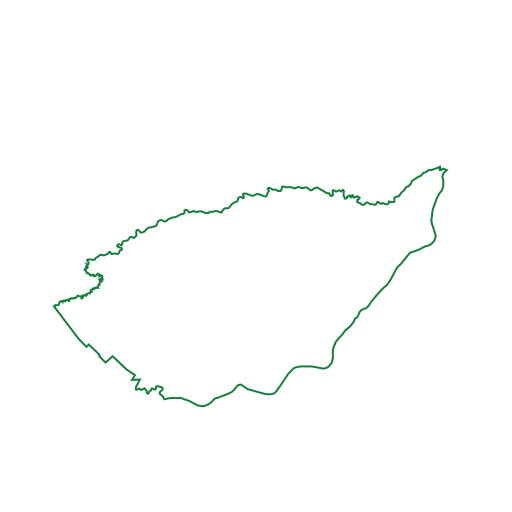 the district of Goya, Corrientes, Argentina, rotated 214°
{"feature_id": "61730980B9171790116436", "entity_name": "Goya", "entity_type": "district", "adm_level": 2, "iso_a3": "ARG", "parent_name": "Argentina", "parent_adm1": "Corrientes", "projection": "orthographic", "projection_center": [-59.153, -29.535], "detail": "fine", "context": "isolated", "style": "outline", "palette": "green", "viewbox_px": 512, "rotation_deg": 214, "n_neighbors": 0, "source": "geoboundaries", "source_scale": "gbopen_adm2", "svg_char_len": 6117}
<svg xmlns="http://www.w3.org/2000/svg" viewBox="0 0 512 512"><g transform="rotate(214 256 256)"><path d="M391.6,154.4L390.7,153.8L391.0,152.2L390.8,151.9L390.3,152.9L389.4,152.8L389.2,152.3L389.1,151.9L389.7,151.4L389.9,150.1L390.3,150.0L390.6,149.3L390.4,148.7L389.8,148.4L388.6,148.8L387.0,147.3L386.6,147.3L385.9,148.0L383.2,147.6L382.8,148.1L382.4,148.0L382.3,147.4L381.7,147.5L380.4,149.7L379.9,149.7L379.1,148.7L378.6,148.8L377.8,149.7L377.3,152.9L376.9,152.9L376.1,152.2L375.5,152.3L375.4,153.0L374.8,152.7L374.4,151.7L373.6,153.4L372.6,153.3L373.0,152.7L370.6,151.6L369.9,150.5L370.2,150.2L371.7,150.8L372.5,149.1L372.1,149.1L371.8,148.1L370.5,148.2L370.9,147.8L370.2,147.2L370.6,145.2L369.5,144.5L370.3,143.5L370.0,142.4L370.2,141.4L369.4,141.6L369.1,141.3L370.9,140.4L370.7,139.9L371.4,139.5L371.7,137.9L372.2,137.9L372.6,138.4L373.0,137.7L372.8,137.3L373.8,135.5L372.4,135.0L372.2,134.2L373.3,133.8L373.4,133.2L372.8,132.0L373.9,131.5L374.5,130.7L374.9,129.7L374.4,128.8L374.6,128.0L375.0,128.0L374.9,129.0L375.3,129.1L375.7,128.8L375.5,127.9L377.5,126.6L377.5,126.1L376.9,126.3L376.7,126.0L376.2,124.7L376.6,123.4L377.1,123.3L377.3,123.8L376.9,124.1L377.0,124.5L377.4,124.8L377.9,124.6L378.4,124.9L379.4,124.0L381.6,123.5L382.2,119.9L383.5,119.3L384.4,118.0L385.5,117.8L386.1,116.5L386.6,116.2L386.6,115.6L385.7,114.3L386.2,114.0L387.7,114.4L389.5,112.3L388.7,112.1L388.9,111.6L390.7,111.4L391.4,110.5L390.7,109.7L391.8,109.6L392.9,108.8L393.1,107.6L392.2,105.1L392.4,104.6L394.7,103.3L395.0,102.9L394.5,101.8L395.2,101.2L355.6,87.8L345.7,85.9L345.1,89.1L334.4,87.3L330.7,86.4L329.8,85.9L329.7,85.2L321.2,83.5L318.8,92.7L299.4,89.5L289.8,89.6L289.4,84.0L283.2,88.6L282.2,80.0L280.9,78.1L279.9,78.7L278.6,80.8L276.6,80.6L276.0,80.9L275.9,81.6L274.7,82.9L274.6,83.8L271.3,83.1L270.0,81.6L269.0,81.4L268.5,81.6L268.3,82.1L268.7,84.2L267.9,85.8L268.3,87.9L267.4,88.4L265.6,88.5L264.7,89.2L265.0,90.4L265.8,92.1L264.8,93.1L260.3,94.5L259.4,94.2L258.9,93.0L258.9,91.8L259.6,89.8L259.3,88.5L258.2,87.8L254.4,87.5L252.1,85.9L247.5,90.4L239.0,96.2L230.3,98.5L220.7,99.5L216.1,101.7L214.6,103.2L212.4,106.6L211.1,110.3L210.6,114.3L209.6,115.9L208.4,117.1L202.0,126.3L200.1,129.6L199.3,133.0L199.0,137.0L198.4,139.3L196.6,141.0L188.4,141.0L174.2,145.7L170.2,147.2L166.9,149.2L164.3,151.9L163.6,154.2L163.3,161.7L163.4,176.1L162.0,183.8L160.9,185.8L156.9,189.7L147.7,195.8L137.2,200.3L135.4,202.1L133.9,204.8L133.6,209.9L135.3,214.5L139.5,220.6L141.0,225.1L141.2,227.2L141.8,228.7L141.4,234.8L140.9,236.6L140.5,240.0L140.4,244.3L138.8,249.7L138.5,251.9L138.2,255.9L138.9,259.6L138.1,261.3L137.9,263.3L138.7,266.9L138.7,269.0L137.3,272.1L135.6,274.1L134.8,277.8L134.8,282.9L134.1,290.4L132.9,299.1L131.2,305.4L131.2,312.5L132.4,322.3L132.4,326.6L131.5,330.2L130.2,344.7L124.6,352.2L121.0,358.8L119.5,360.2L118.1,362.4L117.3,364.6L116.8,367.3L116.9,369.5L118.2,373.2L129.7,382.4L131.1,384.6L132.1,386.9L134.5,391.2L135.6,394.0L138.4,404.8L139.0,410.7L138.6,413.8L138.8,415.4L139.6,418.2L142.5,422.9L145.6,425.7L146.8,428.5L146.8,429.9L145.9,433.9L149.8,433.0L150.2,432.5L150.5,430.8L151.5,430.0L152.3,430.6L152.6,432.0L153.5,432.9L154.2,431.3L158.5,425.5L161.2,423.4L161.7,421.3L162.8,419.5L163.6,418.8L164.2,414.6L166.2,411.7L166.3,410.5L167.4,408.8L168.5,405.7L168.6,404.8L168.0,402.4L168.5,400.3L168.2,399.9L168.3,399.4L169.8,397.8L170.1,395.0L169.8,393.5L170.9,390.3L171.0,385.5L173.3,382.9L173.6,382.0L173.5,381.3L171.8,378.6L171.8,378.1L173.8,376.5L176.3,375.5L175.5,373.9L176.0,372.4L177.6,371.4L180.4,370.9L180.8,369.9L181.6,369.2L182.6,369.0L185.0,369.1L185.6,368.8L185.4,366.3L185.9,365.1L190.2,363.0L193.5,362.6L194.3,362.3L194.7,361.1L194.9,359.3L196.7,357.7L199.2,358.0L201.8,357.4L202.7,357.8L203.2,359.1L202.5,361.4L202.7,362.3L205.3,362.3L205.8,361.1L206.6,360.8L206.7,360.0L207.3,359.3L208.0,359.3L209.8,360.5L210.2,360.1L209.7,358.6L209.8,358.0L210.4,357.6L211.6,358.7L212.4,358.4L212.5,357.7L213.5,356.6L213.6,356.1L213.1,355.8L213.1,354.4L214.5,353.3L216.2,354.6L217.3,355.1L219.7,359.2L220.9,359.4L221.2,359.0L221.5,357.1L223.6,357.0L224.6,355.9L225.4,354.3L228.2,354.0L228.9,353.5L229.1,353.1L228.1,352.1L227.3,350.3L226.7,350.1L226.4,349.3L226.5,348.6L227.4,347.8L228.9,347.8L230.0,348.8L230.7,348.8L232.7,347.6L236.6,347.7L238.3,347.3L243.6,347.1L245.1,345.3L246.6,342.0L247.5,340.9L252.0,341.2L253.2,340.7L255.1,338.5L256.7,337.6L259.1,337.1L259.8,336.6L261.7,333.7L264.9,332.8L267.2,331.6L269.5,329.7L272.9,328.6L272.8,327.3L271.9,324.8L271.9,323.8L272.4,323.3L274.3,322.1L276.3,322.2L279.5,320.3L282.7,320.1L283.9,319.2L284.0,318.5L281.7,317.2L281.7,314.6L280.9,312.3L281.0,311.1L282.5,310.1L288.8,308.7L289.6,308.0L291.2,306.1L291.4,305.1L292.6,303.9L299.2,302.1L301.2,300.8L301.3,299.7L299.1,298.3L298.7,297.7L298.8,297.1L299.1,296.6L301.2,296.6L302.1,296.2L303.2,294.3L302.3,292.1L302.3,290.2L303.3,289.5L304.6,286.5L305.1,285.1L305.2,281.9L305.6,280.5L306.0,279.8L308.1,278.6L308.9,277.0L309.1,275.7L309.0,272.7L311.9,271.7L312.8,271.7L314.8,270.6L316.7,268.3L318.9,266.9L319.4,266.2L319.4,265.0L319.9,264.6L322.4,263.2L326.0,262.7L328.4,261.0L329.6,259.3L332.9,258.3L335.8,254.6L338.2,255.5L339.4,255.3L340.1,254.9L340.8,253.9L339.6,252.1L339.4,251.4L339.7,250.2L341.3,249.0L344.2,243.7L347.3,240.5L349.5,237.0L350.1,234.4L351.7,233.2L354.1,233.1L355.8,231.6L356.6,229.7L355.8,227.0L355.8,224.7L357.9,222.6L358.6,221.5L361.0,219.4L361.8,217.1L362.0,214.2L363.6,211.7L364.2,211.2L365.0,211.0L367.0,211.7L368.6,211.6L369.1,211.1L369.3,210.3L368.4,208.2L366.8,206.6L366.6,205.9L367.2,202.8L367.8,202.5L369.8,202.3L370.7,201.4L371.0,200.8L370.9,198.8L371.2,197.0L373.4,195.0L374.4,193.7L374.2,191.9L373.5,190.8L373.6,189.6L376.0,189.3L376.8,188.4L376.9,187.7L376.9,187.1L376.4,186.5L375.8,186.4L372.1,187.4L370.8,186.6L370.9,185.7L371.7,184.9L371.9,184.0L371.3,181.9L371.6,180.4L374.4,179.2L376.9,176.8L378.0,177.0L379.3,177.8L379.8,177.6L380.4,174.5L381.8,172.2L382.4,171.5L385.8,170.0L386.5,167.5L387.8,164.6L387.6,163.3L387.9,162.5L388.5,161.9L392.3,160.0L393.7,158.6L393.7,158.1L390.9,156.7L390.4,155.9L390.7,154.4L391.6,154.4Z" fill="none" stroke="#15803d" stroke-width="2"/></g></svg>